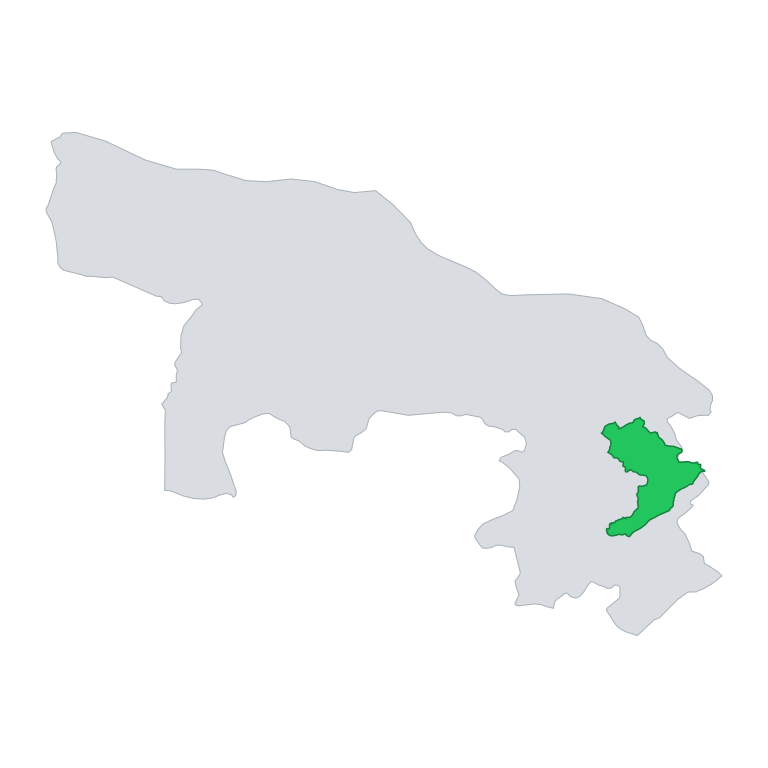 where Bouenza sits in Republic of the Congo, rotated 270°
{"feature_id": "COG-2626", "entity_name": "Bouenza", "entity_type": "Region", "adm_level": 1, "iso_a3": "COG", "parent_name": "Republic of the Congo", "parent_adm1": "", "projection": "natural_earth1", "projection_center": [13.508, -4.119], "detail": "fine", "context": "in_parent", "style": "filled", "palette": "green", "viewbox_px": 768, "rotation_deg": 270, "n_neighbors": 0, "source": "natural_earth", "source_scale": "10m", "svg_char_len": 8256}
<svg xmlns="http://www.w3.org/2000/svg" viewBox="0 0 768 768"><g transform="rotate(270 384 384)"><path d="M132.4,637.3L136.4,625.3L139.4,619.8L143.0,615.9L157.5,606.5L159.7,606.9L169.7,619.1L172.9,620.1L176.4,619.7L180.6,620.2L182.7,617.8L183.0,614.7L180.0,611.2L179.6,607.4L181.7,603.3L182.9,598.7L186.0,593.3L186.3,590.8L183.0,588.1L176.3,583.9L171.6,579.8L169.9,575.9L171.1,571.0L174.9,566.9L174.6,564.7L171.4,561.1L169.0,557.2L166.5,554.8L159.7,553.4L161.0,548.1L163.5,540.5L164.1,534.6L162.2,519.2L162.4,516.4L164.2,514.9L168.3,516.6L172.4,519.0L183.5,515.6L187.4,515.1L190.6,518.1L195.1,520.4L220.7,514.0L221.2,507.4L222.7,501.5L222.9,497.0L221.8,494.1L220.6,492.0L219.8,487.5L219.8,482.8L222.2,480.5L230.4,474.8L233.0,475.0L238.7,478.1L244.1,483.0L248.8,493.2L252.1,502.0L257.4,512.7L268.6,517.0L281.9,519.8L289.2,519.0L299.5,510.0L305.3,502.9L307.2,499.1L310.6,501.0L314.5,510.4L317.0,514.0L317.6,517.4L315.8,521.7L317.5,524.5L324.7,526.4L331.0,524.6L333.9,520.8L338.6,515.8L338.6,511.7L336.1,508.9L336.1,505.2L338.7,502.3L341.2,494.3L342.0,488.4L344.5,484.7L349.2,482.1L350.9,479.7L353.6,465.9L352.2,460.8L352.2,456.7L355.2,451.4L355.8,442.7L352.7,408.4L357.4,380.9L357.0,377.4L353.7,373.1L349.6,369.2L339.0,366.0L335.1,360.9L332.1,355.5L329.8,353.8L318.3,351.6L315.7,348.6L316.8,339.8L317.8,326.9L317.4,318.0L319.4,310.7L321.8,305.3L326.8,299.5L329.5,292.7L331.0,291.1L340.7,289.9L344.2,287.1L346.9,284.3L348.1,280.4L351.4,274.0L354.3,269.7L354.7,266.8L354.0,262.7L351.1,254.7L347.6,248.0L345.5,245.6L341.3,230.0L337.3,226.3L329.6,224.3L315.1,222.5L306.4,225.3L293.1,230.6L276.4,236.3L272.5,235.7L270.7,233.3L273.3,231.3L274.6,226.5L272.9,219.7L270.3,213.4L268.9,204.6L269.5,193.7L272.0,183.5L277.3,170.2L277.7,164.7L309.9,165.0L344.4,164.8L357.7,165.3L364.0,161.8L370.1,167.0L373.1,168.2L374.1,167.8L376.4,171.4L383.9,171.0L385.1,171.9L385.8,176.3L392.8,176.2L396.2,177.2L399.0,177.1L403.1,174.5L406.0,175.4L411.3,178.7L415.1,181.6L420.4,180.6L432.7,181.1L442.2,183.9L451.6,191.5L457.9,195.9L463.5,202.5L465.6,201.3L468.7,198.7L468.6,193.2L465.4,183.7L464.2,175.6L464.9,169.0L467.3,164.2L471.4,161.4L471.8,156.3L491.0,112.6L490.4,107.6L490.8,100.1L491.7,91.7L491.5,86.7L492.8,83.3L497.8,63.5L500.5,60.2L504.7,57.9L510.8,57.8L526.8,56.2L541.7,53.0L546.7,51.5L556.0,46.3L559.6,46.1L562.7,48.1L580.8,54.1L585.8,56.5L587.6,56.1L590.3,56.6L594.5,56.7L598.7,56.0L601.3,56.7L604.6,60.7L606.8,60.2L609.7,57.3L615.2,54.4L625.7,51.1L627.4,52.6L631.0,59.9L634.8,62.3L635.6,75.9L626.9,105.4L608.1,145.0L598.8,176.3L598.8,199.1L597.8,213.5L594.7,222.2L587.4,245.9L586.3,266.2L589.0,291.0L586.4,314.6L578.7,336.9L575.4,354.4L577.4,375.5L563.3,393.0L545.5,410.5L534.0,415.6L525.1,421.4L518.7,428.1L512.0,439.8L501.4,464.9L495.9,475.9L488.7,485.2L477.9,496.7L474.0,502.1L472.4,510.0L473.1,524.4L474.1,568.4L469.3,602.1L458.8,625.6L450.9,638.7L443.0,642.7L432.6,646.2L427.6,650.7L424.6,657.2L418.8,662.9L410.2,667.7L399.4,679.7L386.3,698.7L377.4,709.6L372.6,712.4L367.7,712.6L362.5,710.4L358.3,710.0L356.1,711.1L352.7,708.5L352.8,704.1L352.2,696.8L349.6,689.4L355.3,678.8L354.8,676.4L352.2,672.6L349.2,667.1L346.3,667.5L340.4,671.7L334.1,674.9L328.3,676.3L321.1,681.5L317.2,681.5L315.0,679.5L310.2,677.6L307.6,678.2L306.1,679.2L304.9,691.9L304.0,697.4L302.2,699.9L295.0,702.7L290.1,706.4L285.8,708.9L283.2,708.3L272.7,698.7L267.1,690.8L263.8,690.6L262.8,693.2L261.2,692.0L256.0,686.7L250.0,678.4L247.8,677.2L244.4,677.3L239.1,680.3L233.9,685.1L224.5,689.5L216.6,692.0L215.9,695.0L214.1,700.1L211.5,703.3L204.5,704.4L202.0,709.0L196.0,717.9L192.1,721.9L191.0,720.2L188.6,718.0L183.7,711.1L178.8,702.6L177.5,698.7L176.1,696.4L175.9,687.8L168.5,677.6L150.1,659.4L148.1,654.0L132.4,637.3Z" fill="#d9dde1" stroke="#a8b0b8" stroke-width="1"/><path d="M316.8,682.1L316.2,681.9L315.4,681.1L314.5,679.1L313.9,678.1L312.4,677.0L311.0,676.8L306.7,678.6L306.0,679.0L305.7,679.9L306.4,687.4L306.2,688.9L305.1,692.1L304.9,693.8L305.8,697.1L305.4,697.8L304.9,697.7L304.3,697.6L303.8,697.9L303.5,698.7L303.7,700.2L303.3,700.7L302.7,700.8L301.2,700.3L300.5,700.2L299.1,701.3L297.7,704.4L296.9,704.7L296.8,704.4L296.5,702.1L296.4,701.5L296.1,701.0L295.7,700.3L295.0,699.7L293.9,698.9L291.3,697.4L286.4,693.5L285.9,693.3L284.8,693.1L284.3,692.8L283.9,692.2L283.7,691.3L283.6,690.0L283.4,689.4L283.1,688.7L282.4,687.9L281.6,686.8L281.0,685.5L280.3,684.5L279.9,683.4L279.4,682.0L276.5,677.4L275.1,675.8L274.1,675.2L273.0,675.1L271.9,674.7L271.4,674.6L270.9,674.6L270.4,674.4L269.4,673.9L268.9,673.8L267.9,674.0L267.4,673.9L266.9,673.6L266.5,673.3L266.0,673.1L265.5,673.2L264.9,673.3L264.4,673.4L263.3,673.1L262.3,673.2L261.7,672.9L261.0,672.3L259.9,670.8L259.2,670.2L258.6,669.9L258.2,669.9L257.9,669.7L257.2,668.7L252.4,657.8L250.1,653.9L248.8,651.0L248.0,649.7L246.5,648.0L243.5,645.4L243.0,644.9L239.5,640.1L237.0,635.2L235.5,632.9L235.0,632.4L234.0,631.5L232.0,630.1L231.6,629.6L231.4,629.0L231.8,627.9L232.2,627.1L232.6,626.5L233.0,626.2L233.5,625.9L233.9,625.6L234.1,625.1L233.3,622.9L233.2,622.3L233.1,621.1L233.7,619.8L233.7,619.1L233.0,617.0L232.2,613.1L232.2,611.7L232.3,610.9L232.4,610.3L232.6,609.7L233.2,608.8L234.9,607.1L235.1,607.5L235.9,607.3L237.3,606.6L237.9,606.4L239.4,606.8L239.0,608.8L240.4,609.6L243.1,609.4L244.2,609.8L245.0,611.2L244.1,611.7L245.1,612.2L245.3,612.9L245.3,613.8L245.5,615.0L246.6,615.3L246.9,615.5L247.1,615.9L247.2,616.7L247.3,617.1L247.9,617.8L248.2,618.4L249.2,621.9L249.7,622.7L250.6,622.9L250.1,624.4L249.9,624.8L249.5,625.4L249.8,625.8L250.6,626.2L250.6,629.1L251.2,630.8L253.3,632.6L254.1,632.9L254.3,633.1L254.9,633.5L256.5,634.1L256.9,634.6L257.2,635.1L257.4,635.7L257.7,636.0L258.0,636.1L258.3,636.2L258.7,636.4L259.0,636.9L259.2,637.4L259.5,637.9L260.0,638.2L260.6,638.3L261.4,638.2L262.6,638.0L266.1,637.6L266.6,637.6L267.2,637.7L268.8,638.4L269.6,638.2L272.6,637.0L273.6,636.9L274.4,637.0L275.9,638.1L276.4,638.4L277.0,638.4L278.7,638.1L279.9,638.4L280.4,638.4L280.8,638.1L281.2,638.2L281.5,638.6L281.9,639.2L282.0,639.7L281.9,640.3L281.7,640.9L281.7,641.5L281.7,642.1L282.8,645.8L283.1,646.4L283.5,646.9L284.0,647.1L284.5,647.3L285.5,647.4L287.7,647.9L288.4,647.8L289.6,647.6L290.6,647.2L291.4,646.8L291.7,646.5L292.1,646.1L292.4,645.4L292.9,642.5L293.0,641.9L292.9,640.7L293.0,640.1L293.3,639.4L293.8,638.7L295.6,636.6L296.0,635.6L296.1,634.9L296.1,634.3L296.2,633.7L296.4,633.2L297.0,632.5L297.6,631.8L298.1,630.7L298.3,630.3L298.3,630.0L297.7,629.7L297.4,629.2L297.6,628.2L297.3,628.0L296.9,628.0L296.6,628.0L296.3,627.8L296.2,627.4L296.1,626.1L296.1,625.9L296.4,625.6L296.7,625.5L297.6,625.2L298.1,625.2L298.5,625.3L298.8,625.5L299.2,625.6L299.6,625.6L300.1,625.4L301.2,624.6L301.5,624.3L301.5,623.5L301.6,623.2L302.2,622.9L302.7,622.9L303.1,622.9L304.2,623.3L304.5,623.3L305.2,623.2L305.5,623.3L305.8,623.3L306.1,623.1L306.2,622.4L306.2,621.4L306.3,620.9L306.6,620.3L307.1,619.7L308.0,619.0L308.6,618.6L309.4,618.3L309.6,618.0L309.8,617.6L310.1,616.6L310.2,616.0L310.1,615.5L310.1,615.1L310.1,614.7L310.2,614.3L310.3,613.9L310.6,613.6L310.9,613.3L311.5,613.0L312.0,612.9L313.2,611.9L315.7,607.9L318.1,609.5L318.8,609.6L320.7,609.8L321.5,610.1L322.5,610.7L323.2,610.9L323.8,611.0L326.7,610.7L327.3,610.6L327.8,610.3L331.6,605.0L332.1,604.5L333.5,603.4L333.8,603.0L334.3,601.9L334.8,601.5L335.2,601.7L336.0,602.6L336.5,602.9L339.0,604.1L340.5,604.4L341.5,605.0L341.9,605.6L342.4,606.1L342.7,606.7L343.3,607.9L343.8,608.7L344.1,609.3L344.2,609.9L344.2,611.0L344.6,612.8L344.8,613.5L345.3,614.2L345.6,614.8L345.8,615.2L345.5,615.3L343.8,616.4L343.3,616.5L342.8,616.8L341.8,618.1L341.2,618.7L340.2,618.8L339.5,618.5L339.3,618.6L339.4,619.8L341.2,623.5L342.7,625.5L344.9,629.6L344.9,631.0L345.1,632.3L345.7,633.2L347.0,633.6L348.2,634.4L349.0,636.2L349.6,638.4L350.5,640.0L349.6,640.3L349.1,640.8L348.1,642.2L347.1,644.0L346.7,644.3L344.0,644.3L341.8,642.8L341.2,642.7L340.9,643.1L340.5,644.7L340.3,645.3L339.9,645.9L336.5,648.7L335.6,649.7L334.8,651.2L336.0,654.3L335.9,655.6L334.8,656.5L335.3,657.1L334.2,657.6L332.0,658.2L331.1,658.7L330.4,659.3L328.4,661.9L326.8,663.2L324.4,664.6L323.4,664.8L323.0,665.2L322.7,665.6L322.6,665.9L322.0,668.2L321.6,673.4L321.5,674.2L320.7,676.0L320.5,676.6L320.2,677.7L320.0,678.3L319.3,679.6L318.8,681.9L318.7,681.9L316.8,682.1Z" fill="#22c55e" stroke="#15803d" stroke-width="1.5"/></g></svg>